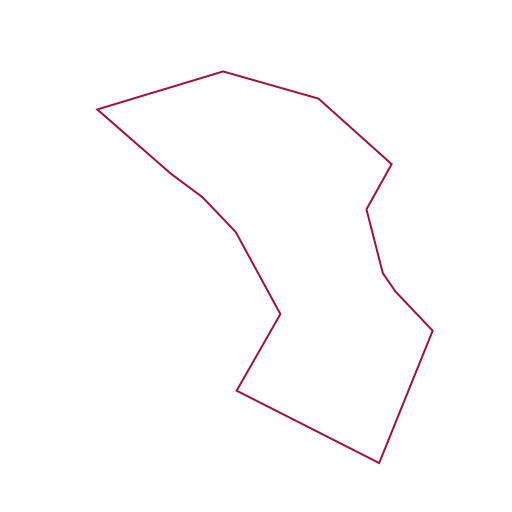 the Municipality of Dornava, rotated 284°
{"feature_id": "SVN-1040", "entity_name": "Dornava", "entity_type": "Municipality", "adm_level": 1, "iso_a3": "SVN", "parent_name": "Slovenia", "parent_adm1": "", "projection": "orthographic", "projection_center": [16.001, 46.454], "detail": "fine", "context": "isolated", "style": "outline", "palette": "rose", "viewbox_px": 512, "rotation_deg": 284, "n_neighbors": 0, "source": "natural_earth", "source_scale": "10m", "svg_char_len": 344}
<svg xmlns="http://www.w3.org/2000/svg" viewBox="0 0 512 512"><g transform="rotate(284 256 256)"><path d="M377.9,365.4L328.0,351.9L270.0,383.2L255.2,400.0L226.2,445.5L84.9,425.6L120.6,269.8L205.5,293.7L274.4,230.5L300.1,189.8L315.4,153.2L359.8,66.5L427.1,179.4L423.8,278.6L377.9,365.4Z" fill="none" stroke="#9f1239" stroke-width="2"/></g></svg>